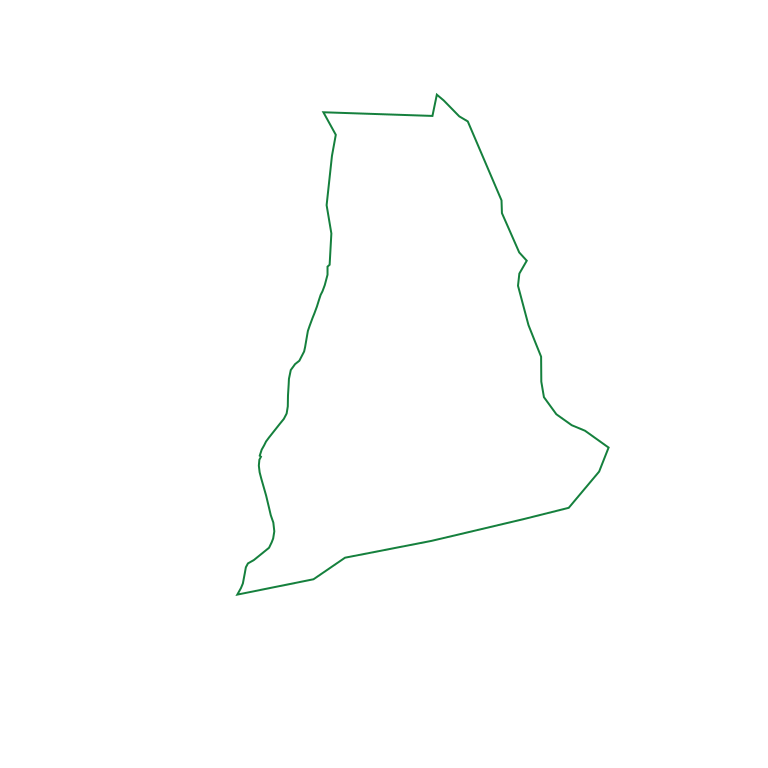 outline of Cedars, Castries, Saint Lucia, rotated 310°
{"feature_id": "8701671B84964760406378", "entity_name": "Cedars", "entity_type": "district", "adm_level": 2, "iso_a3": "LCA", "parent_name": "Saint Lucia", "parent_adm1": "Castries", "projection": "natural_earth1", "projection_center": [-60.983, 14.006], "detail": "fine", "context": "isolated", "style": "outline", "palette": "green", "viewbox_px": 768, "rotation_deg": 310, "n_neighbors": 0, "source": "geoboundaries", "source_scale": "gbopen_adm2", "svg_char_len": 1186}
<svg xmlns="http://www.w3.org/2000/svg" viewBox="0 0 768 768"><g transform="rotate(310 384 384)"><path d="M553.2,162.9L543.9,186.9L525.3,197.5L484.1,225.1L465.5,246.9L440.4,265.7L437.6,265.3L431.4,270.5L421.6,275.1L415.4,277.3L411.5,278.2L406.5,280.2L400.3,282.8L393.3,285.3L388.7,286.8L380.9,289.6L375.7,291.6L370.0,294.9L361.6,299.8L357.6,301.9L347.4,304.2L342.1,303.1L334.8,303.6L326.8,307.9L322.2,311.4L313.4,317.9L305.0,324.7L298.8,328.4L292.9,329.7L286.6,329.8L269.0,330.3L264.1,330.6L260.0,331.6L255.1,332.5L249.2,334.9L249.2,336.5L245.9,337.2L241.0,340.6L236.4,345.5L232.5,351.0L222.7,365.5L214.6,376.4L210.7,381.6L206.7,388.3L200.6,394.7L194.4,398.4L190.6,399.7L184.7,401.2L165.6,397.5L159.1,395.1L154.8,396.0L149.4,399.1L140.5,404.1L135.7,405.6L128.4,407.0L189.1,455.5L225.9,465.8L294.2,521.1L304.5,528.8L371.2,578.5L407.9,605.1L455.2,605.1L479.7,596.9L479.5,594.8L477.4,568.0L473.1,554.3L471.6,535.5L476.7,515.0L486.9,503.0L505.9,486.8L513.2,473.1L522.0,456.8L545.4,423.5L555.6,416.7L570.2,414.1L571.7,403.0L584.8,376.5L590.7,364.5L600.2,356.0L639.0,279.4L637.4,269.6L639.6,247.4L639.6,238.5L620.5,248.8L553.2,162.9Z" fill="none" stroke="#15803d" stroke-width="2"/></g></svg>